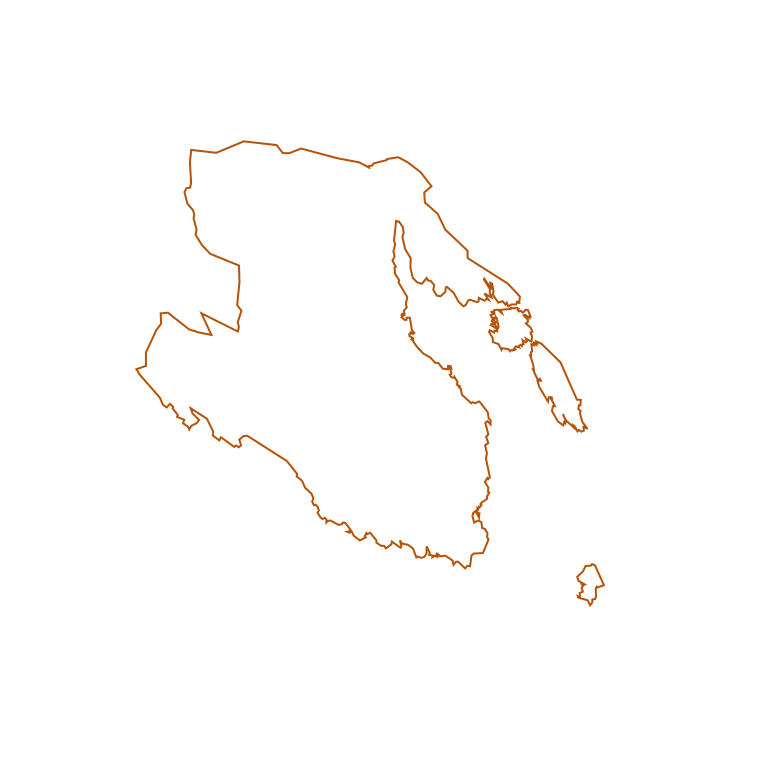 Strand nor, Rogaland, Norway (Natural Earth projection), rotated 226°
{"feature_id": "86288312B48942403855190", "entity_name": "Strand nor", "entity_type": "district", "adm_level": 2, "iso_a3": "NOR", "parent_name": "Norway", "parent_adm1": "Rogaland", "projection": "natural_earth1", "projection_center": [5.968, 59.049], "detail": "fine", "context": "isolated", "style": "outline", "palette": "amber", "viewbox_px": 768, "rotation_deg": 226, "n_neighbors": 0, "source": "geoboundaries", "source_scale": "gbopen_adm2", "svg_char_len": 6153}
<svg xmlns="http://www.w3.org/2000/svg" viewBox="0 0 768 768"><g transform="rotate(226 384 384)"><path d="M686.3,407.9L678.4,398.5L662.6,384.9L659.9,380.9L662.1,378.0L660.7,373.8L650.4,367.9L641.5,367.3L637.9,365.4L635.3,362.0L625.4,356.5L622.2,352.1L610.2,349.5L598.1,349.5L569.9,362.0L557.5,350.6L542.7,333.1L535.8,332.4L530.0,321.7L525.7,319.1L523.3,315.3L561.7,301.8L539.2,293.9L550.3,286.2L558.9,281.7L585.4,278.1L589.9,272.4L582.2,265.5L581.0,257.9L572.1,234.7L562.4,225.3L567.1,215.2L566.4,216.4L561.1,214.8L530.0,213.3L522.5,210.5L518.1,211.4L518.4,216.3L514.0,216.4L513.2,215.0L505.0,214.2L504.1,212.3L497.0,215.4L495.3,212.1L489.5,213.4L486.5,212.3L487.8,216.2L486.0,222.1L486.6,226.0L495.7,225.8L500.9,228.1L481.9,232.5L468.3,228.0L465.9,225.1L457.9,226.3L458.9,229.7L442.8,232.6L442.3,235.1L439.4,235.6L439.2,238.6L444.5,241.3L444.2,246.7L441.8,249.7L396.1,260.6L379.8,259.1L378.2,257.0L371.6,257.9L364.3,255.2L355.4,255.6L351.1,254.0L349.1,250.5L345.5,249.4L344.7,250.9L341.7,251.0L338.2,249.2L337.6,246.8L331.8,245.6L329.6,246.0L328.7,248.5L326.4,248.4L324.4,246.4L324.6,248.3L323.0,250.7L314.3,253.4L312.3,256.3L312.9,258.2L310.9,259.7L302.7,258.7L301.9,256.9L303.2,254.9L300.9,255.9L300.7,258.4L295.7,256.8L288.2,258.0L286.3,264.3L287.8,264.3L289.0,267.8L287.6,267.7L286.7,270.7L276.7,269.9L275.1,268.3L269.3,269.7L267.4,271.7L264.5,271.2L263.5,277.8L265.2,280.2L254.8,282.1L255.1,283.8L260.5,286.8L256.5,286.2L251.7,289.6L245.5,290.6L236.8,286.8L236.8,288.2L233.0,290.1L231.6,293.1L232.6,297.0L237.7,301.9L230.6,299.6L229.8,297.7L226.8,299.9L225.7,298.4L225.1,301.3L223.8,301.7L224.9,303.4L222.8,302.9L224.0,304.7L221.0,304.7L217.8,308.9L209.3,310.7L205.7,308.4L206.1,311.9L205.0,313.8L195.0,314.3L195.3,317.7L193.1,319.3L199.8,327.7L199.8,330.6L193.7,337.8L199.5,351.1L202.2,351.8L204.9,354.8L209.6,355.9L212.2,354.6L217.0,358.1L220.4,357.0L221.7,352.6L227.6,355.9L229.2,358.4L229.1,361.6L222.0,359.7L225.3,363.5L224.3,361.1L228.5,362.1L228.8,363.7L227.2,364.1L228.6,363.9L229.3,364.5L228.5,364.4L229.8,366.9L228.8,367.0L229.2,370.0L230.7,370.1L230.9,371.6L229.8,378.4L231.8,380.4L232.7,384.3L234.2,383.9L236.9,387.1L243.4,388.5L244.6,393.0L243.1,392.9L243.4,395.4L259.6,405.6L262.7,409.9L269.7,414.2L269.1,418.1L275.1,420.7L275.3,424.1L285.6,429.8L285.4,432.7L281.0,432.6L283.7,435.4L286.7,435.5L291.6,439.0L304.0,440.4L305.5,440.2L306.8,436.3L309.5,434.9L309.6,433.4L322.2,432.6L327.1,435.9L330.0,435.8L329.8,437.0L332.8,436.1L334.5,438.3L337.4,439.0L340.0,439.6L339.4,438.8L342.2,437.2L345.1,437.8L344.6,439.7L349.7,442.5L348.4,443.1L350.5,444.3L352.5,442.6L350.2,440.3L354.2,436.9L361.2,437.7L363.8,435.6L371.1,435.7L378.3,433.5L387.7,433.5L394.6,434.7L396.4,436.7L395.9,435.2L397.0,434.7L397.1,436.6L400.8,435.6L402.2,436.6L401.6,438.6L403.5,438.9L400.0,439.3L399.6,441.3L403.0,441.2L413.7,448.6L416.0,446.4L414.6,444.7L415.7,443.4L419.9,443.0L419.7,445.5L421.5,444.6L421.8,446.2L419.9,447.3L422.9,449.3L423.3,453.6L426.4,455.2L430.3,461.1L447.0,465.0L448.1,467.0L455.6,468.5L460.5,472.5L460.1,473.9L466.9,475.8L468.4,480.2L472.9,482.9L476.6,488.9L480.2,490.8L492.9,506.0L490.3,507.4L491.2,507.7L484.1,506.7L479.4,503.4L476.7,499.1L466.3,492.9L456.0,490.6L449.2,483.7L440.3,478.4L434.1,478.5L429.7,480.9L430.6,488.3L427.9,487.6L425.6,489.2L420.2,488.8L417.5,484.9L410.8,483.4L407.8,485.7L407.7,492.1L410.6,495.7L409.9,496.8L400.9,497.4L391.5,494.8L384.9,495.0L384.0,497.6L385.7,502.5L384.8,504.4L378.3,507.8L377.8,509.5L380.1,512.0L373.9,514.3L374.1,517.0L372.0,517.7L379.3,519.1L371.4,521.5L376.1,523.3L378.8,526.2L389.8,528.5L390.1,529.3L377.3,527.1L383.0,530.8L381.2,531.5L374.7,527.3L372.8,524.3L363.1,522.8L361.2,526.8L356.6,526.6L357.2,528.8L353.5,527.4L352.7,531.0L349.4,534.2L350.3,536.1L348.9,537.2L350.4,537.2L349.3,538.6L352.5,542.5L370.3,542.8L416.5,531.6L421.8,536.7L452.5,535.3L468.9,540.8L486.2,539.5L493.8,546.0L493.3,555.5L511.0,557.5L527.2,555.0L537.2,551.8L543.7,542.5L543.3,541.3L550.0,529.6L549.2,527.5L551.3,524.4L550.0,523.6L560.7,520.1L579.2,507.0L610.9,488.0L615.8,476.3L620.3,471.6L630.5,472.7L656.0,451.6L666.8,424.0L686.3,407.9ZM236.2,483.1L229.7,484.2L231.4,487.3L229.9,487.2L231.8,489.4L238.2,491.8L231.6,489.6L220.7,490.3L222.6,491.5L220.5,491.7L215.5,490.2L215.5,492.3L212.6,492.9L211.6,495.3L214.5,497.7L210.4,499.3L219.0,500.3L227.1,504.8L228.0,506.7L231.1,506.5L233.3,509.4L232.2,510.5L235.9,514.6L238.7,511.9L277.0,526.0L304.0,525.2L308.8,523.1L306.8,522.3L308.8,521.2L307.0,520.6L308.5,520.2L307.0,519.4L308.8,519.6L307.5,518.8L310.3,519.1L308.1,518.6L310.0,517.5L304.5,513.2L304.8,511.9L302.1,509.4L303.0,509.0L294.2,504.7L290.2,501.8L291.0,501.3L281.5,497.9L279.3,497.8L279.5,499.6L277.4,499.1L279.3,497.0L280.7,497.2L274.2,493.7L257.4,489.8L260.0,493.5L258.0,495.4L256.7,494.7L257.5,494.0L249.3,491.5L250.7,490.0L247.8,486.0L236.2,483.1ZM333.3,494.1L327.0,492.2L327.6,493.8L322.9,497.6L320.2,497.5L320.5,498.1L319.2,499.4L319.5,499.9L317.6,501.8L317.6,502.5L319.0,502.2L319.5,504.9L316.4,506.6L317.8,506.9L317.3,509.3L315.5,509.6L316.5,511.2L315.7,512.1L319.3,514.2L315.6,514.9L315.5,516.7L318.1,517.6L312.1,519.5L315.4,523.6L319.1,524.9L318.6,527.1L322.5,528.7L329.0,528.1L328.8,530.9L330.4,532.1L336.3,532.2L335.6,533.7L330.4,534.4L331.5,535.4L330.7,536.2L337.1,538.9L339.1,537.4L338.7,533.5L341.7,533.1L342.5,531.4L344.4,531.6L344.5,533.1L346.5,532.6L350.0,528.0L351.4,528.3L350.1,527.2L356.6,519.1L354.2,518.6L352.9,518.0L358.5,517.5L360.6,514.3L358.0,512.4L362.1,511.5L358.4,511.1L359.5,508.5L357.0,507.8L353.9,509.6L354.9,510.9L353.4,511.0L345.5,506.2L344.8,504.4L350.0,505.0L350.5,506.9L355.2,507.9L354.5,505.3L351.8,505.0L351.2,503.1L352.5,502.8L352.1,501.7L346.3,503.5L343.3,502.0L345.6,500.5L344.5,499.0L349.2,497.4L348.4,495.7L341.7,494.2L338.5,491.4L333.3,494.1ZM95.7,375.3L86.8,380.3L81.7,378.5L82.2,382.1L84.3,384.1L82.7,386.4L83.7,388.7L89.8,394.3L90.4,396.4L89.2,396.4L86.5,402.4L106.9,409.8L109.9,408.5L109.7,406.6L113.0,402.5L111.0,397.0L111.1,389.0L107.4,387.2L100.2,389.2L100.4,388.6L102.3,387.6L102.2,387.3L100.9,387.6L102.1,387.1L100.5,386.7L100.1,384.5L96.5,382.8L97.7,379.6L94.2,376.4L96.7,375.9L95.7,375.3Z" fill="none" stroke="#b45309" stroke-width="2"/></g></svg>